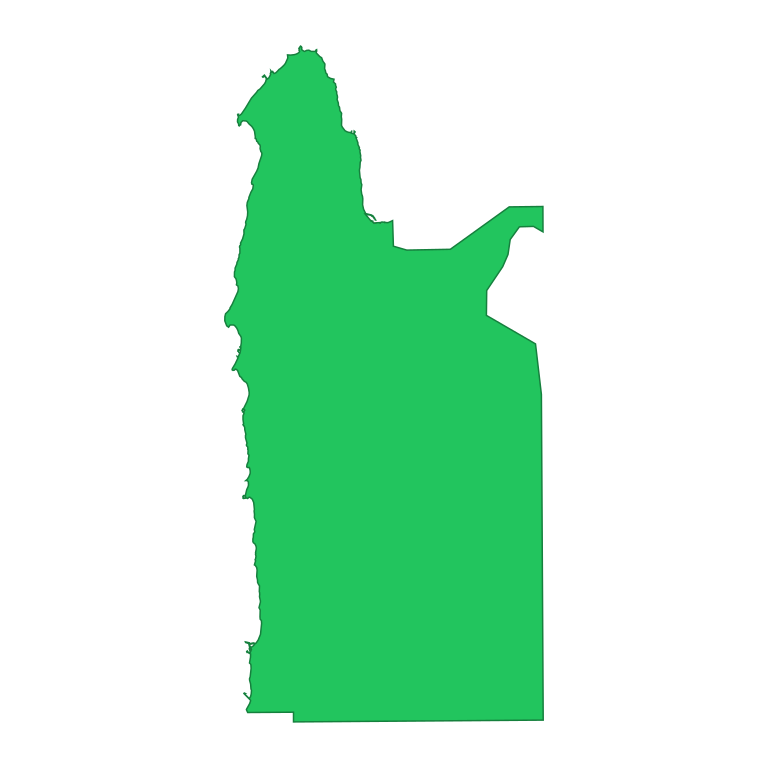 outline of 86, Ar Rayyān, Qatar
{"feature_id": "91078587B46444112589307", "entity_name": "86", "entity_type": "district", "adm_level": 2, "iso_a3": "QAT", "parent_name": "Qatar", "parent_adm1": "Ar Rayyān", "projection": "equal_earth", "projection_center": [50.779, 25.397], "detail": "fine", "context": "isolated", "style": "filled", "palette": "green", "viewbox_px": 768, "rotation_deg": 0, "n_neighbors": 0, "source": "geoboundaries", "source_scale": "gbopen_adm2", "svg_char_len": 6038}
<svg xmlns="http://www.w3.org/2000/svg" viewBox="0 0 768 768"><path d="M542.9,206.5L509.2,206.9L450.3,249.3L406.8,250.1L393.4,246.2L392.6,220.6L388.7,222.4L387.1,222.7L385.5,222.4L384.9,222.7L384.4,222.4L384.4,222.1L383.5,222.2L381.9,222.0L380.6,222.5L380.4,223.1L380.1,223.2L379.8,222.6L376.1,222.8L375.8,223.2L374.9,222.8L374.1,223.3L372.8,222.2L372.9,221.5L371.8,221.3L372.2,221.0L370.8,220.5L370.0,219.8L365.3,214.2L370.7,215.2L372.4,216.6L373.3,216.8L374.0,218.2L374.4,218.1L374.4,218.6L374.7,218.6L375.3,220.0L375.6,220.0L373.2,216.1L371.5,215.0L365.7,213.6L363.6,209.3L362.6,204.8L362.8,198.9L362.5,196.4L361.7,194.0L361.1,189.7L361.8,184.7L361.1,182.8L360.9,179.5L360.1,177.7L359.4,170.2L359.9,167.3L360.2,162.3L361.0,160.3L360.5,157.3L360.7,155.7L359.9,151.6L360.1,150.1L359.2,148.8L359.4,147.6L357.7,144.0L358.0,143.1L356.0,137.6L356.4,137.4L355.9,137.1L355.7,135.7L354.0,134.0L355.1,131.9L354.2,131.1L354.0,133.3L353.5,133.7L351.3,133.2L351.8,130.5L351.3,132.4L348.9,132.4L347.0,131.8L345.0,130.7L342.3,127.1L341.5,125.4L341.7,119.3L341.3,116.7L341.6,113.3L339.9,110.6L339.5,107.2L338.5,105.7L338.3,102.9L337.1,99.5L337.5,97.4L337.4,96.1L336.7,93.8L336.7,91.7L335.8,90.2L335.7,88.5L336.3,87.2L335.6,85.4L335.5,83.9L333.5,82.1L334.0,79.2L330.5,78.4L328.0,77.0L327.4,76.2L327.3,74.9L326.9,73.9L325.8,72.9L325.4,70.7L324.6,68.7L324.9,64.6L324.8,63.8L322.9,61.2L321.6,57.7L319.8,56.6L316.4,53.1L316.2,52.4L316.7,51.1L316.6,49.7L316.0,50.0L315.6,51.1L314.8,51.4L311.1,51.4L308.9,50.2L306.6,50.4L304.7,51.4L303.7,51.1L301.7,49.7L301.8,47.4L301.2,46.5L300.5,46.1L298.9,48.4L299.3,48.8L299.0,50.2L299.6,51.5L299.1,52.4L298.2,53.1L296.3,54.1L294.1,54.7L290.5,55.1L287.5,54.9L287.8,57.5L287.6,58.5L285.4,63.4L283.9,65.3L280.2,68.7L279.2,69.3L277.2,71.5L275.7,72.9L274.0,73.5L272.3,70.9L272.5,72.2L272.0,72.3L270.9,70.9L271.0,71.6L270.3,73.8L270.6,74.6L268.9,77.8L267.3,79.1L264.4,75.1L262.5,76.8L263.4,77.6L263.1,76.8L264.2,75.8L266.2,78.2L266.3,79.2L265.6,81.8L264.5,83.8L260.0,89.0L257.8,90.5L256.6,92.3L251.4,98.2L245.4,108.2L241.5,113.9L239.8,115.3L238.5,115.4L238.1,114.9L238.4,114.2L237.9,114.2L237.6,114.7L238.5,117.1L237.6,119.4L237.5,121.9L238.6,123.9L238.7,125.5L239.1,125.8L239.2,125.4L240.6,124.9L241.0,122.4L242.8,120.7L246.2,121.0L247.3,121.7L249.0,123.9L251.8,126.4L253.3,128.6L254.5,131.2L255.3,136.8L255.2,138.5L256.2,138.9L256.7,141.2L257.7,141.9L258.4,143.5L259.8,144.8L260.3,146.0L260.1,148.7L260.9,151.6L261.5,152.3L261.9,153.5L261.6,155.7L258.9,163.7L258.1,167.9L256.7,171.2L252.2,179.2L251.5,182.8L252.0,184.3L252.9,184.4L253.3,185.3L252.8,188.8L250.9,192.3L248.9,197.4L248.9,198.5L247.3,202.3L246.9,205.5L247.7,211.9L247.5,215.7L246.7,219.3L245.8,221.4L245.6,222.9L246.0,223.7L245.9,224.8L244.7,228.6L243.9,229.9L244.0,233.9L242.6,238.8L240.5,243.2L240.7,244.0L240.5,245.1L239.8,245.8L239.5,247.0L239.9,248.2L239.9,253.1L239.1,254.6L239.0,257.4L238.3,258.6L238.3,259.8L237.0,262.4L236.8,264.1L235.1,268.1L235.1,270.3L234.5,271.9L234.4,276.7L235.9,278.7L236.5,280.7L236.8,283.0L236.4,284.8L238.0,286.1L238.4,288.8L237.9,291.6L232.2,304.3L230.0,308.0L230.0,308.8L227.9,311.5L225.6,313.7L224.9,316.5L224.8,320.8L226.7,325.8L228.6,327.2L230.1,325.0L233.7,325.0L235.2,326.1L236.8,328.2L238.0,330.7L238.7,333.3L240.9,336.5L241.4,338.1L241.3,343.0L240.8,346.0L240.5,347.0L239.2,346.8L240.8,347.4L240.7,349.1L240.4,349.9L239.0,349.4L238.2,349.6L237.8,351.1L238.3,351.4L238.4,350.0L238.9,349.8L238.9,350.3L239.4,349.9L240.5,350.5L240.1,352.7L238.4,352.1L239.6,353.0L239.6,353.7L238.2,356.8L237.1,356.4L237.3,356.9L238.0,357.2L238.0,357.9L235.1,364.0L232.4,368.5L232.1,369.8L233.0,370.4L234.5,370.1L235.2,369.1L236.3,369.4L237.6,370.5L239.8,376.3L241.5,377.6L242.2,379.0L244.3,381.3L246.0,382.2L247.2,383.8L248.4,387.7L249.2,392.5L249.1,395.0L247.1,401.4L243.6,408.5L242.9,408.8L242.1,410.4L242.4,410.5L243.4,408.9L244.8,410.1L243.5,412.2L243.1,411.7L242.7,411.9L244.1,413.1L243.0,415.8L243.0,419.5L243.6,423.8L243.0,424.7L243.7,425.8L244.1,425.9L244.7,427.6L244.8,429.8L245.9,434.4L245.5,435.3L245.5,437.8L247.0,443.1L246.4,445.0L246.6,445.8L247.7,446.9L247.9,448.5L247.7,449.2L248.1,450.1L247.9,453.8L249.0,455.3L248.4,458.6L248.4,461.3L247.0,464.6L246.7,466.9L248.1,467.7L249.1,467.4L249.6,468.1L250.2,470.9L250.2,473.3L249.0,476.5L247.3,479.3L245.8,480.6L247.3,480.6L248.3,481.7L248.5,485.0L248.1,486.6L246.7,489.7L245.4,495.4L243.5,495.6L242.9,496.6L243.2,497.1L243.8,496.0L245.4,496.0L245.7,497.7L243.6,498.2L243.1,497.6L242.9,498.0L243.5,498.5L246.5,498.0L247.6,498.5L249.1,497.2L249.8,497.2L252.3,499.2L253.7,502.6L254.4,509.5L254.1,511.0L254.5,514.3L254.4,517.6L256.1,521.4L254.3,529.5L254.8,531.9L253.4,533.9L253.3,537.2L252.9,538.9L252.9,541.6L253.4,542.7L255.0,544.0L255.7,545.5L256.2,546.8L256.3,548.8L255.5,553.0L255.8,553.5L255.5,554.5L256.0,556.1L255.6,558.6L255.1,559.8L255.6,560.8L254.4,564.9L255.3,565.4L256.7,567.6L257.1,570.2L256.7,576.4L257.5,579.9L257.6,582.5L258.8,584.9L259.4,585.5L259.5,586.1L259.3,591.8L259.6,592.6L259.7,594.6L259.5,596.8L260.4,600.8L260.4,602.1L259.0,607.7L260.2,610.0L260.0,616.9L260.2,619.2L261.4,620.6L261.6,623.5L260.5,634.3L258.2,640.0L256.3,642.8L255.6,643.5L253.3,642.9L250.7,643.5L250.6,643.8L250.9,644.1L253.6,643.5L254.4,644.6L253.0,646.2L250.9,647.4L249.8,645.8L249.4,642.8L245.4,641.9L245.6,642.5L248.7,643.5L249.6,647.2L249.5,648.4L249.8,648.8L250.2,647.6L250.5,647.7L251.0,648.1L251.5,649.4L250.6,651.6L249.7,648.9L249.3,649.0L250.3,651.9L249.4,652.8L247.8,651.9L247.4,651.0L246.7,651.4L247.0,652.4L247.6,652.3L250.6,654.0L250.5,657.2L249.5,663.0L250.5,663.9L250.9,664.8L251.1,668.5L250.2,676.7L249.5,678.8L249.6,680.2L250.6,684.0L251.0,689.0L251.5,690.3L251.2,694.0L250.6,696.4L249.8,697.9L249.0,698.4L244.7,694.0L244.6,693.5L245.1,693.4L244.3,693.0L243.9,693.5L250.5,700.2L250.6,700.8L249.7,703.5L246.5,709.3L246.4,709.7L247.7,712.5L293.5,712.2L293.5,721.9L543.2,720.1L541.4,394.5L535.5,343.9L486.4,315.4L486.7,290.5L502.7,266.7L508.0,254.5L510.2,239.5L519.4,226.8L533.5,226.4L543.0,231.9L542.9,206.5Z" fill="#22c55e" stroke="#15803d" stroke-width="1.5"/></svg>